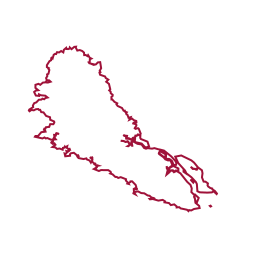 outline of Pathein, Ayeyarwady, Myanmar, rotated 282°
{"feature_id": "60261553B36650423786052", "entity_name": "Pathein", "entity_type": "district", "adm_level": 2, "iso_a3": "MMR", "parent_name": "Myanmar", "parent_adm1": "Ayeyarwady", "projection": "orthographic", "projection_center": [94.599, 16.703], "detail": "fine", "context": "isolated", "style": "outline", "palette": "rose", "viewbox_px": 256, "rotation_deg": 282, "n_neighbors": 0, "source": "geoboundaries", "source_scale": "gbopen_adm2", "svg_char_len": 5778}
<svg xmlns="http://www.w3.org/2000/svg" viewBox="0 0 256 256"><g transform="rotate(282 128 128)"><path d="M124.5,27.4L123.9,28.2L125.6,29.8L125.7,32.2L127.2,34.0L127.9,36.3L127.2,37.1L127.5,38.3L125.5,39.8L125.7,42.1L122.8,45.4L122.3,49.5L119.9,50.2L119.0,54.4L118.0,54.8L116.2,54.2L115.6,51.1L112.7,50.7L111.7,47.6L110.5,47.4L110.0,46.3L108.8,46.1L108.5,47.4L107.3,48.1L105.9,44.1L101.5,41.7L100.9,39.1L100.1,38.8L100.0,46.5L101.4,48.3L100.7,49.7L101.4,51.2L100.5,55.4L101.2,57.1L104.2,57.8L105.9,57.2L106.2,58.7L107.8,58.8L108.2,59.4L107.8,60.8L108.6,61.5L107.7,60.9L107.8,59.2L105.6,58.9L105.7,57.6L102.8,58.6L101.9,59.7L101.1,57.3L98.7,57.4L98.4,56.2L97.7,56.0L96.8,57.8L97.7,59.2L96.5,60.5L93.7,58.1L93.9,61.0L92.8,62.9L93.7,65.4L93.2,68.6L95.0,68.5L95.4,69.6L96.6,70.0L96.0,70.5L97.5,72.3L95.9,72.2L95.1,74.1L95.5,75.2L94.7,75.7L94.3,73.5L94.0,74.8L93.3,75.1L92.5,74.4L92.6,72.6L91.3,73.3L89.8,72.5L89.9,71.3L87.3,72.5L88.8,77.1L90.2,76.7L91.4,77.4L92.5,80.2L91.0,83.2L89.2,84.7L90.6,84.3L91.5,85.6L90.6,84.5L90.1,85.6L88.9,85.1L88.3,85.9L88.4,91.0L89.6,93.6L88.7,94.3L88.2,97.2L86.4,98.9L88.8,99.7L90.1,99.4L91.5,96.7L91.1,98.2L92.5,99.6L91.1,98.7L90.3,99.7L87.6,99.8L86.1,102.8L86.6,104.2L85.4,103.1L85.0,104.3L83.3,105.5L85.1,106.0L85.0,106.9L84.5,105.8L83.1,105.7L80.8,103.2L79.9,108.5L81.2,110.3L82.7,117.4L81.6,120.1L80.4,120.7L79.8,120.2L79.5,122.5L77.5,125.8L77.8,127.2L77.1,128.8L78.4,131.1L77.5,136.7L76.2,136.8L74.5,139.3L73.5,138.9L73.4,140.4L74.1,139.8L75.6,141.5L76.3,141.5L76.7,143.1L73.9,147.3L72.1,148.3L70.1,148.3L70.7,150.2L69.7,148.6L70.6,147.5L69.6,146.3L66.5,147.2L68.1,150.9L67.1,154.5L67.5,157.5L66.1,161.3L66.2,163.2L64.9,165.4L64.8,168.3L65.4,168.6L63.6,168.3L63.3,172.8L64.9,176.9L64.0,179.4L62.9,179.2L63.1,183.7L61.5,185.9L62.9,189.1L61.4,191.9L60.4,192.1L61.2,194.6L60.3,196.2L60.3,202.7L59.3,204.4L60.4,204.8L60.5,207.0L62.5,209.4L64.6,214.7L66.6,213.8L68.9,209.5L72.7,208.2L74.4,206.9L76.0,207.2L78.5,203.3L82.2,202.9L85.3,201.0L87.7,197.0L94.5,188.8L96.1,184.4L94.3,182.1L95.6,180.3L94.8,178.2L93.6,177.9L90.4,175.4L95.5,175.6L96.5,174.4L98.7,173.7L96.7,174.9L96.6,175.6L100.7,179.2L105.2,176.3L104.6,173.8L105.1,171.0L106.8,168.8L109.0,163.8L109.6,163.4L110.6,163.5L113.3,164.8L113.8,158.0L112.8,155.8L112.4,151.5L111.5,149.9L111.8,147.9L114.7,144.7L114.5,140.5L115.8,136.3L115.4,134.9L114.6,134.6L110.7,136.3L112.5,135.0L113.1,132.6L112.7,132.6L112.2,133.4L111.8,133.5L110.2,132.0L110.2,131.5L112.0,133.5L112.6,132.6L114.7,130.8L113.8,128.5L114.3,126.4L114.0,124.1L114.1,123.6L114.4,126.6L113.9,128.7L115.0,130.3L114.8,131.0L113.6,132.0L112.7,134.8L115.0,134.2L117.1,136.6L119.3,136.1L119.1,135.3L117.1,134.3L117.6,131.0L117.2,128.5L117.9,128.1L119.6,128.5L119.5,126.0L120.4,124.9L119.9,126.2L120.1,128.7L117.5,128.7L118.2,130.8L117.4,133.9L119.4,134.8L120.3,136.7L122.1,136.8L122.4,138.2L123.8,139.0L123.5,141.3L125.1,141.6L129.5,138.7L129.9,137.8L128.7,135.5L129.2,134.6L132.1,135.7L133.3,135.3L133.5,132.2L134.2,132.3L135.5,135.0L136.6,134.6L136.8,132.3L138.1,129.9L136.4,127.7L139.1,128.3L138.1,126.4L140.8,124.7L141.1,123.6L142.2,123.0L143.1,123.5L143.4,121.6L144.3,121.3L144.0,120.1L146.3,118.0L147.4,113.3L148.7,111.8L149.9,112.3L150.7,109.4L152.7,106.6L152.5,105.9L154.9,105.3L156.2,106.3L157.3,106.1L158.4,103.9L160.0,103.4L160.9,101.8L162.2,102.6L167.2,100.2L168.7,97.1L171.2,98.7L172.3,95.8L173.6,94.9L174.3,89.6L176.2,88.6L176.9,89.4L178.0,88.4L180.9,89.3L186.6,87.1L185.9,84.9L183.6,83.4L182.6,81.3L182.8,80.3L183.2,80.7L183.3,76.7L184.1,75.9L184.6,76.8L187.3,76.4L188.3,77.7L188.8,75.9L191.0,73.8L189.9,73.4L190.6,71.4L190.2,70.0L192.6,69.3L193.8,67.2L194.2,64.6L193.2,62.3L195.9,60.1L196.7,60.2L196.2,58.6L193.4,56.4L194.7,54.3L193.5,54.3L192.8,53.2L192.5,51.5L193.6,50.9L191.1,49.0L188.5,49.0L189.4,46.6L187.6,44.9L187.4,42.8L185.4,42.3L185.3,41.2L184.2,40.1L180.3,39.8L180.9,38.7L180.5,38.4L178.3,38.7L177.1,37.3L172.6,35.6L170.7,36.0L170.1,38.1L169.4,37.8L168.4,39.0L164.5,38.9L163.6,37.7L162.0,38.3L159.8,37.5L157.8,38.7L158.2,41.0L157.2,42.7L155.8,40.2L155.6,39.2L156.5,38.2L155.5,37.8L154.7,35.3L152.0,33.2L152.6,31.3L151.0,28.5L148.0,29.1L146.3,32.3L145.5,30.1L143.7,28.7L140.6,31.1L140.9,34.3L142.4,34.0L141.9,35.8L142.4,40.4L141.1,43.0L140.2,41.1L138.7,40.0L138.9,38.2L137.8,37.4L137.1,34.9L134.0,33.0L132.8,31.1L130.2,30.3L128.7,30.9L125.5,27.6L124.5,27.4ZM109.5,196.7L112.2,185.8L109.8,180.2L104.1,184.5L98.2,192.7L95.8,194.5L93.0,200.3L89.2,205.7L87.5,207.0L80.6,209.0L80.0,211.5L81.3,219.1L82.5,223.5L83.9,224.8L81.8,228.4L82.4,228.6L84.5,226.0L85.5,223.3L86.3,223.0L86.4,221.0L87.5,218.5L88.5,217.7L90.4,217.7L91.6,215.0L91.3,213.1L95.1,210.6L99.2,210.3L102.0,209.1L104.0,204.7L101.6,204.1L101.4,203.4L101.9,201.9L101.4,199.9L103.1,197.4L101.7,200.4L102.0,202.0L101.7,203.5L104.2,204.4L107.9,199.8L109.5,196.7ZM120.8,136.9L116.5,137.4L115.7,138.1L115.6,144.6L112.9,148.5L112.9,150.1L114.4,152.4L118.7,149.9L119.9,142.9L120.9,142.0L123.0,141.7L123.5,139.2L122.1,138.1L121.9,136.9L120.8,136.9ZM109.2,176.2L113.4,167.9L113.5,165.2L112.1,166.5L110.1,170.8L105.7,171.4L106.3,174.6L105.9,176.0L104.8,178.0L101.3,180.3L102.0,182.7L103.8,182.6L105.7,181.1L109.2,176.2ZM98.9,185.7L100.3,180.2L98.2,177.6L95.7,175.9L95.3,178.1L96.0,180.7L94.9,182.5L96.3,183.4L96.9,186.1L98.9,185.7ZM110.2,169.9L111.4,166.1L112.6,165.0L109.8,163.6L106.7,169.8L109.1,170.5L110.2,169.9ZM74.8,207.2L68.7,210.1L68.7,210.7L74.3,211.7L76.7,207.6L74.8,207.2ZM94.9,177.8L94.9,175.6L92.4,176.2L94.1,177.8L94.9,177.8ZM98.4,191.1L96.8,191.4L95.9,193.5L97.5,192.5L98.4,191.1ZM89.1,203.6L89.9,201.5L90.6,199.8L88.1,203.2L89.1,203.6ZM64.6,149.0L65.6,148.0L65.4,146.1L64.6,149.0ZM63.2,165.5L63.4,164.8L63.1,163.9L62.8,164.3L63.2,165.5ZM68.7,225.5L69.2,224.9L68.8,224.3L68.3,225.0L68.7,225.5Z" fill="none" stroke="#9f1239" stroke-width="2"/></g></svg>